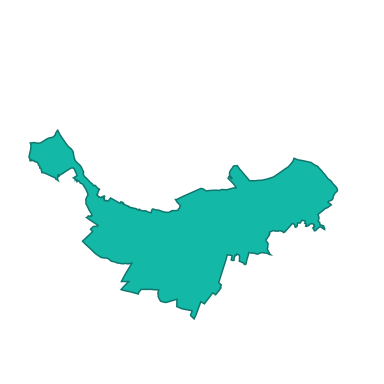 outline of Bozieni, Neamt, Romania, rotated 154°
{"feature_id": "2599482B32381271441221", "entity_name": "Bozieni", "entity_type": "district", "adm_level": 2, "iso_a3": "ROU", "parent_name": "Romania", "parent_adm1": "Neamt", "projection": "robinson", "projection_center": [27.175, 46.823], "detail": "fine", "context": "isolated", "style": "filled", "palette": "teal", "viewbox_px": 384, "rotation_deg": 154, "n_neighbors": 0, "source": "geoboundaries", "source_scale": "gbopen_adm2", "svg_char_len": 6042}
<svg xmlns="http://www.w3.org/2000/svg" viewBox="0 0 384 384"><g transform="rotate(154 192 192)"><path d="M315.8,307.0L316.5,303.8L317.7,302.2L318.4,300.9L323.1,295.1L323.3,294.3L323.1,293.1L323.9,291.2L322.8,290.6L322.4,291.3L322.2,291.3L322.0,290.4L320.6,289.7L319.9,288.1L318.2,286.7L317.9,286.3L317.8,285.8L318.0,285.1L317.8,284.4L318.1,283.8L318.0,283.2L317.5,281.7L318.1,280.9L318.3,280.2L317.7,279.6L317.4,279.1L318.1,277.1L317.8,275.9L318.4,275.6L318.4,275.1L317.1,274.4L316.4,273.8L314.4,271.6L310.3,266.4L309.2,265.4L308.8,264.7L308.7,262.9L308.0,262.4L307.3,261.1L307.2,262.5L306.0,264.8L305.6,264.9L305.1,264.4L304.9,264.4L305.0,265.2L304.9,265.6L305.2,265.8L305.1,266.1L304.5,265.9L303.7,265.0L301.4,265.3L299.5,265.4L295.8,266.0L290.2,266.5L288.4,265.7L288.0,265.2L287.8,264.1L287.7,262.8L287.9,262.2L287.8,261.1L288.1,257.0L292.4,256.7L291.7,255.8L291.7,255.1L291.2,254.6L291.7,253.7L291.2,253.8L290.3,253.4L290.1,253.1L290.7,252.4L290.9,251.7L289.4,251.8L288.7,251.2L288.5,250.0L288.6,249.4L288.3,248.7L286.9,247.3L286.2,241.3L286.3,237.1L286.5,236.0L286.8,235.2L287.2,234.6L288.9,233.5L291.0,231.6L291.3,230.1L292.5,227.9L292.3,225.4L292.4,220.8L291.9,216.7L292.2,214.8L293.4,214.2L293.6,214.4L293.6,215.0L294.8,215.1L295.3,215.8L295.9,215.9L297.1,215.1L297.9,215.3L297.0,213.4L291.1,203.3L291.1,202.9L291.3,202.8L293.2,203.1L295.0,204.0L296.0,204.2L299.4,203.1L299.5,202.8L298.8,199.9L312.0,195.8L310.7,191.9L307.8,184.5L305.9,179.0L302.5,173.1L300.5,171.6L297.3,169.8L296.1,168.0L294.9,165.2L291.6,162.6L290.6,161.2L287.9,159.5L287.3,158.8L286.4,158.4L285.1,157.5L283.3,157.2L281.7,155.8L280.8,155.7L280.3,155.1L278.5,154.9L277.3,154.3L288.4,147.1L294.7,142.5L288.1,139.2L293.4,137.5L298.5,135.4L297.0,133.9L290.7,128.9L284.9,123.8L284.4,124.6L283.8,125.1L280.5,126.8L270.5,122.0L270.6,121.8L264.9,118.6L267.1,115.9L267.3,115.4L267.5,114.1L268.2,112.7L268.3,110.1L268.1,107.6L265.1,104.9L263.5,104.0L252.6,102.2L255.9,95.6L254.1,93.7L252.3,91.5L244.0,85.3L245.4,83.6L246.8,82.6L247.4,81.5L245.7,77.0L241.9,80.1L232.2,89.5L229.9,86.1L217.6,92.2L216.2,90.2L216.3,89.6L215.8,89.3L210.8,91.6L208.1,93.1L208.5,93.6L206.4,95.6L207.1,97.4L207.9,98.7L190.8,116.6L187.9,120.1L184.5,117.8L183.9,117.1L186.6,113.8L185.9,112.9L184.8,112.3L184.3,112.6L184.0,112.4L183.8,113.3L181.8,115.5L181.3,115.5L180.7,116.3L179.7,115.8L178.8,116.7L177.3,114.4L177.8,112.4L178.4,111.7L178.8,110.6L179.4,109.9L179.8,108.9L178.7,107.9L176.4,104.9L176.3,104.6L176.7,104.0L175.6,103.4L175.1,103.6L172.0,107.5L168.6,111.1L167.6,112.7L165.2,111.0L163.3,110.0L160.4,107.4L157.5,107.3L155.8,106.9L151.3,104.0L150.0,102.1L148.8,101.2L149.4,102.7L149.2,103.9L149.4,107.3L149.2,107.9L148.1,109.2L147.3,110.8L146.3,112.1L146.2,112.9L146.8,115.0L146.7,116.6L146.5,116.9L145.1,117.2L141.2,119.6L140.5,120.4L140.9,120.6L139.3,122.1L138.2,121.7L136.1,121.8L135.2,121.3L134.7,120.6L131.8,119.1L130.0,118.7L127.6,116.6L127.5,116.2L127.8,115.7L127.7,115.5L126.8,115.5L126.3,115.3L115.6,119.7L114.5,118.6L114.2,117.6L114.7,115.4L114.5,114.9L114.0,114.8L112.3,115.3L111.4,117.0L110.5,117.9L109.1,117.0L108.3,116.7L105.7,118.4L103.1,116.6L103.5,115.8L103.3,115.2L104.4,114.4L103.3,113.0L104.9,111.5L104.8,111.3L104.1,110.8L102.4,111.0L102.0,110.6L100.4,111.4L98.2,111.1L97.6,110.7L96.6,109.0L97.2,108.5L96.7,107.6L96.8,107.4L97.1,107.2L98.0,107.2L99.2,106.7L98.9,105.8L99.1,105.1L98.9,104.3L99.1,103.8L98.8,103.3L97.4,103.2L96.3,103.8L93.0,104.6L92.2,104.6L91.7,104.3L90.2,101.5L89.3,100.3L89.2,100.8L88.7,101.2L88.8,102.0L88.7,102.9L89.1,103.7L88.7,104.0L91.3,106.5L91.1,107.1L90.6,108.6L91.4,110.2L89.3,112.9L88.8,114.5L88.7,116.5L84.7,117.5L81.5,118.1L80.3,118.8L76.6,118.5L74.6,119.1L72.5,119.3L72.6,120.1L74.3,123.2L73.0,123.8L70.1,123.4L69.3,123.7L68.0,124.4L67.7,125.2L66.9,126.1L64.4,128.0L63.5,128.5L61.5,128.9L60.6,129.6L60.1,131.4L60.3,133.4L61.9,138.5L62.0,140.5L64.1,144.7L64.9,149.3L65.8,152.3L66.1,154.3L67.1,157.0L67.8,160.0L69.7,162.2L72.1,166.4L79.0,171.9L81.5,173.6L83.1,174.9L85.5,177.6L87.5,175.6L89.5,174.5L94.4,172.4L99.3,171.8L102.4,171.2L112.0,169.8L118.1,170.6L124.0,171.9L127.8,173.6L130.6,174.5L135.4,177.0L136.2,180.7L137.7,186.2L138.6,190.2L138.9,190.6L139.8,196.0L140.9,196.1L142.1,196.9L143.0,197.1L143.6,197.0L145.9,195.5L147.3,195.0L149.1,193.6L149.8,192.9L151.0,190.4L150.5,189.0L150.1,186.8L150.2,186.6L150.7,186.7L151.1,188.4L152.2,189.6L153.6,188.5L151.2,181.4L150.3,176.6L150.4,176.4L152.3,177.3L157.2,178.3L159.4,178.6L164.4,181.3L166.5,181.3L169.6,183.1L173.7,184.9L176.2,185.9L178.6,186.6L180.9,190.2L181.8,190.7L182.4,191.3L202.0,192.0L209.4,192.0L210.1,192.4L209.8,189.3L208.4,184.8L209.5,184.1L210.2,183.0L211.5,182.7L212.3,182.1L212.9,181.9L214.5,182.3L218.3,184.1L219.6,183.9L222.0,183.9L225.0,185.6L226.9,187.2L230.0,190.4L232.2,191.7L234.6,193.9L234.9,194.0L235.5,193.8L236.3,193.1L237.6,191.4L238.2,191.5L239.8,192.8L242.2,195.7L243.8,196.2L245.0,197.0L246.1,198.1L247.0,199.6L247.8,199.0L249.9,201.9L250.3,202.0L253.4,204.6L253.7,204.5L255.3,206.4L255.0,206.6L258.9,211.0L258.5,211.2L259.4,212.2L258.6,212.7L259.1,213.3L259.3,213.2L260.2,214.4L261.7,213.4L267.8,222.3L271.6,220.5L273.1,222.3L273.7,222.1L274.0,222.3L274.6,223.3L273.7,224.4L273.9,224.7L273.3,225.6L273.8,225.6L272.9,226.5L272.7,226.3L272.4,226.5L272.5,226.9L273.8,227.1L274.2,226.5L274.9,226.6L275.7,227.3L276.3,226.8L277.2,227.4L277.4,228.3L277.9,228.4L278.2,229.3L278.2,230.1L278.8,231.0L278.8,231.4L277.1,232.1L276.6,233.1L275.3,234.0L275.1,234.6L274.1,234.8L274.0,235.2L274.2,235.7L275.3,236.7L275.6,238.6L276.0,240.1L276.4,240.6L277.5,240.8L277.7,241.1L278.1,243.1L279.3,245.5L280.4,249.4L281.9,253.3L282.0,255.3L281.7,255.6L281.6,256.6L281.0,256.9L280.5,258.5L280.8,260.0L280.6,261.2L280.6,263.2L281.2,265.9L282.6,269.1L283.1,271.6L283.1,272.6L282.6,275.6L281.6,278.9L281.2,280.7L281.6,283.6L283.2,287.1L284.1,291.2L285.5,300.9L285.6,306.4L286.9,305.9L287.4,305.4L288.8,304.6L290.0,303.1L293.1,302.3L297.2,303.3L299.5,303.3L305.3,302.6L308.4,302.9L312.7,305.9L314.9,306.5L315.8,307.0Z" fill="#14b8a6" stroke="#0f766e" stroke-width="1.5"/></g></svg>